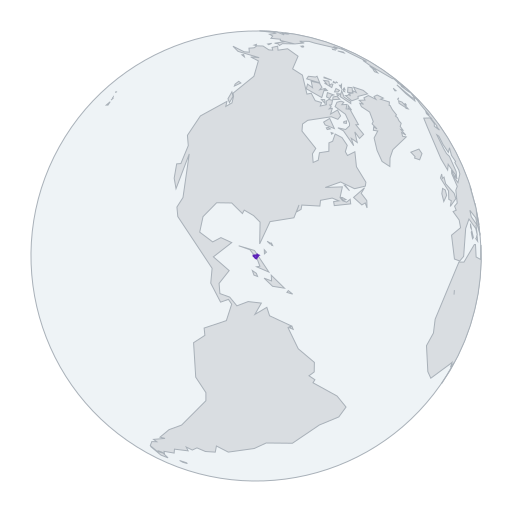 the Earth from above Sancti Spíritus, rotated 32°
{"feature_id": "CUB-1322", "entity_name": "Sancti Spíritus", "entity_type": "Province", "adm_level": 1, "iso_a3": "CUB", "parent_name": "Cuba", "parent_adm1": "", "projection": "orthographic", "projection_center": [-79.45, 22.111], "detail": "fine", "context": "on_globe", "style": "filled", "palette": "violet", "viewbox_px": 512, "rotation_deg": 32, "n_neighbors": 0, "source": "natural_earth", "source_scale": "10m", "svg_char_len": 10154}
<svg xmlns="http://www.w3.org/2000/svg" viewBox="0 0 512 512"><g transform="rotate(32 256 256)"><circle cx="256" cy="256" r="225" fill="#eef3f6" stroke="#a8b0b8"/><path d="M260.9,309.7L255.6,307.4L250.4,313.9L232.0,303.0L225.3,289.7L168.8,264.0L163.0,256.4L163.1,245.1L145.3,204.8L152.5,241.3L145.4,233.4L139.9,219.9L143.3,217.4L140.1,198.3L133.9,190.0L134.6,166.7L149.4,140.3L151.1,145.2L154.5,138.9L152.4,132.6L150.3,130.0L159.0,104.7L154.6,89.3L146.0,90.0L153.6,86.1L132.3,92.0L125.3,90.3L137.7,89.1L142.4,86.7L139.9,83.5L144.1,80.4L145.4,77.3L150.7,74.2L157.6,74.4L161.1,72.6L159.1,70.6L163.2,66.6L165.6,69.8L173.0,63.5L185.8,64.3L187.9,77.9L199.5,78.0L213.4,91.7L216.6,88.7L223.9,92.9L230.3,91.1L231.0,94.8L235.5,90.4L233.5,87.4L234.8,84.6L238.4,83.5L240.0,87.7L238.5,88.9L240.8,89.7L240.1,92.4L242.5,90.4L244.0,96.1L247.8,89.0L253.5,92.4L253.0,96.7L246.1,98.0L228.0,113.5L225.5,119.4L228.8,125.7L249.7,133.1L249.7,139.4L254.9,146.4L258.0,141.8L255.1,134.8L262.3,128.6L257.9,121.4L260.2,118.1L258.5,110.6L266.2,110.0L274.7,113.8L276.5,120.2L280.3,122.3L284.6,115.2L293.9,127.1L310.1,135.2L311.7,138.8L303.9,146.7L288.5,148.4L278.4,161.2L292.6,151.6L296.3,161.9L300.1,163.3L304.3,162.3L305.8,158.0L308.7,161.6L295.7,171.8L293.0,168.7L297.1,165.3L289.9,166.5L281.2,174.6L283.7,179.8L267.9,188.5L269.5,192.6L267.0,197.2L265.4,189.9L267.9,203.5L249.7,219.4L252.7,243.8L241.5,225.1L232.5,223.0L221.7,223.3L222.0,227.2L207.3,223.9L194.4,231.7L190.2,250.7L195.6,265.6L211.8,267.0L216.5,259.0L228.3,257.5L220.3,279.3L241.0,282.6L239.2,298.8L245.3,307.0L255.5,304.8L266.2,308.4L273.5,298.8L285.5,293.1L286.0,306.1L292.4,293.8L299.2,299.5L322.8,296.6L321.1,299.8L341.0,312.3L361.9,315.3L366.8,323.5L364.4,329.5L371.5,329.7L371.5,333.3L399.0,331.8L412.4,336.4L411.5,348.6L399.3,365.7L386.1,395.5L363.7,409.2L356.5,420.2L336.4,437.0L323.1,438.1L325.4,443.9L316.7,448.6L307.6,450.0L304.8,454.3L298.0,455.0L301.7,457.2L289.2,463.0L291.0,466.5L281.5,470.4L283.0,472.0L279.9,472.2L276.3,473.0L275.5,474.0L266.8,472.8L266.0,468.6L270.3,466.1L266.3,465.8L275.5,458.9L270.6,460.5L274.3,449.3L282.5,438.8L290.2,405.3L285.9,398.4L269.1,390.7L249.0,362.6L254.7,350.4L250.2,344.6L265.1,326.5L260.9,309.7ZM49.0,207.4L50.6,202.4L50.5,206.5L49.0,207.4ZM51.0,198.7L50.5,200.6L50.8,198.9L51.0,198.7ZM50.7,197.2L50.9,198.3L50.5,197.5L50.7,197.2ZM50.2,195.7L50.6,196.3L50.2,195.7ZM251.8,252.1L275.4,262.8L262.3,264.8L264.7,262.6L258.7,258.0L247.5,253.9L235.9,256.5L251.8,252.1ZM50.1,191.9L50.2,190.8L50.7,190.8L50.1,191.9ZM261.7,238.4L257.6,237.6L261.6,237.4L261.7,238.4ZM148.6,129.6L151.9,132.9L152.2,140.0L148.9,137.5L148.6,129.6ZM148.8,117.0L151.5,117.3L147.6,123.3L147.2,121.3L148.8,117.0ZM138.8,91.7L140.7,93.3L137.4,92.9L138.8,91.7ZM144.6,77.5L142.7,78.1L144.2,76.3L144.6,77.5ZM254.3,111.5L256.3,111.0L255.6,112.6L254.3,111.5ZM251.7,108.8L249.4,111.0L247.7,110.0L249.2,108.7L251.7,108.8ZM153.6,70.0L156.6,67.3L154.8,70.1L153.6,70.0ZM254.9,106.4L245.2,108.2L242.4,106.6L245.6,100.3L254.9,106.4ZM159.0,65.7L166.0,59.7L162.3,60.3L176.5,55.6L165.9,61.9L164.3,65.1L162.5,64.3L159.0,65.7ZM231.4,87.0L233.6,90.0L228.4,88.6L231.4,87.0ZM227.8,86.8L210.1,87.5L208.6,82.9L214.8,83.3L210.2,78.6L218.2,75.8L222.5,77.9L221.9,81.3L225.4,77.7L227.8,86.8ZM183.2,54.3L185.9,53.2L184.4,54.5L183.2,54.3ZM235.0,83.4L231.5,83.7L230.0,79.6L236.6,78.2L235.0,79.9L235.0,83.4ZM205.1,78.9L205.2,75.8L211.6,72.7L212.5,71.2L218.3,75.4L205.1,78.9ZM237.1,80.3L240.0,77.6L244.0,78.7L238.2,82.8L237.1,80.3ZM226.8,79.3L226.4,77.3L228.8,77.9L226.8,79.3ZM259.7,81.6L255.6,81.7L254.5,79.5L259.7,81.6ZM240.8,76.6L239.4,76.3L238.5,75.5L241.2,74.1L240.8,76.6ZM222.4,73.1L225.1,72.6L220.4,71.2L225.1,69.1L228.1,72.5L228.7,70.2L230.2,69.6L231.0,73.0L222.4,73.1ZM241.1,70.5L246.5,74.6L254.4,74.7L255.6,76.5L242.8,76.2L241.1,70.5ZM235.1,71.6L239.1,71.3L238.6,73.5L235.6,75.2L235.1,71.6ZM227.2,66.7L219.2,68.9L218.9,68.2L227.2,66.7ZM243.5,70.0L242.1,69.1L244.1,69.7L243.5,70.0ZM232.3,67.1L229.5,67.9L229.2,67.0L232.3,67.1ZM241.7,66.7L243.5,67.9L241.5,68.9L241.7,66.7ZM237.5,66.5L237.6,65.1L239.7,68.6L236.3,67.0L237.5,66.5ZM232.4,66.1L231.3,65.8L233.6,65.9L232.4,66.1ZM248.3,62.3L251.4,66.5L246.9,68.7L244.6,64.2L248.3,62.3ZM280.9,475.2L267.4,473.4L275.2,474.2L281.7,472.4L288.4,473.8L280.9,475.2ZM299.6,469.9L306.5,468.2L307.8,468.4L303.3,469.7L299.6,469.9ZM428.2,110.8L428.7,111.4L423.5,105.7L413.8,95.2L428.2,110.8ZM396.1,79.6L397.8,81.0L398.2,81.3L403.7,85.9L403.9,86.1L403.0,85.3L400.1,82.9L401.3,84.3L414.5,96.4L417.3,98.9L424.1,107.6L429.4,112.8L433.4,118.0L425.9,111.2L422.1,107.2L413.1,103.9L417.7,108.6L426.5,112.4L426.4,113.5L432.7,121.1L427.8,116.2L417.0,111.8L419.2,121.5L432.3,146.3L431.4,152.3L425.9,153.4L410.8,134.7L414.5,123.6L409.2,117.8L399.6,113.9L401.5,111.1L398.0,108.5L398.6,104.5L390.6,94.3L389.8,90.3L378.3,82.4L376.3,79.5L383.7,84.8L388.4,86.8L385.4,78.4L382.4,75.6L375.1,71.4L375.2,70.1L368.5,67.1L362.7,61.7L364.2,66.2L355.7,62.4L347.6,57.5L345.1,57.4L358.3,65.5L363.3,68.2L367.2,69.0L381.1,78.4L383.9,82.3L370.4,76.4L373.0,81.6L361.4,75.6L332.8,55.7L325.2,50.2L330.4,46.7L337.0,49.2L338.5,51.5L344.9,52.0L340.7,50.6L340.7,49.9L332.6,46.9L332.3,46.3L325.1,44.9L323.8,43.8L328.4,44.7L315.3,40.4L310.3,38.3L307.5,37.7L305.9,37.7L300.6,35.5L298.8,35.3L299.8,35.8L296.8,35.7L289.5,35.1L288.0,34.3L290.5,34.5L293.5,34.1L300.2,35.2L298.9,34.9L292.7,33.8L289.0,34.2L285.0,34.1L285.8,33.5L285.2,33.7L282.8,33.4L279.0,32.7L277.7,33.3L252.8,34.1L243.1,33.5L246.6,32.4L227.6,34.3L218.1,34.9L219.1,35.2L210.7,37.3L213.5,37.0L213.4,37.4L193.1,44.3L187.2,45.9L179.6,50.5L180.1,50.9L184.0,49.8L176.5,55.6L162.3,60.3L161.9,59.2L153.3,63.5L153.6,60.6L149.9,60.8L155.2,56.2L151.8,57.2L148.8,58.9L142.0,62.1L139.5,63.2L146.9,58.9L154.4,55.0L162.7,53.6L160.5,53.1L164.9,51.3L166.5,50.1L164.6,50.4L161.9,51.6L171.8,47.1L186.7,41.7L201.9,37.3L217.4,34.1L233.1,31.9L248.9,30.8L264.7,30.9L280.5,32.1L296.1,34.3L311.6,37.7L326.8,42.1L341.6,47.6L356.1,54.2L370.0,61.7L383.3,70.2L396.1,79.6ZM481.0,266.2L481.1,262.6L480.9,245.9L480.4,241.7L479.9,247.3L478.6,242.3L477.8,244.8L469.0,267.0L463.0,263.0L448.1,241.7L447.3,227.3L441.4,214.6L431.3,153.6L435.6,151.0L435.1,130.6L436.1,130.0L443.2,140.2L448.4,139.9L441.8,129.2L441.0,127.4L449.8,141.2L457.6,155.5L464.4,170.4L470.0,185.7L474.6,201.4L478.0,217.4L480.2,233.6L481.2,249.9L481.0,266.2ZM442.3,179.8L444.4,183.8L442.3,179.8ZM323.5,296.4L326.4,298.5L322.7,299.1L323.5,296.4ZM260.6,270.3L265.5,270.5L268.2,272.5L264.4,273.3L260.6,270.3ZM301.7,268.2L307.3,268.9L301.5,270.5L301.7,268.2ZM279.1,264.2L297.2,268.2L286.1,272.9L274.6,270.5L282.4,268.9L279.1,264.2ZM259.7,246.3L262.8,247.2L262.0,249.7L259.7,246.3ZM264.6,238.3L263.4,238.6L261.8,236.6L264.6,238.3ZM297.0,161.3L298.1,160.6L302.5,160.5L300.7,162.4L297.0,161.3ZM320.6,150.3L324.7,156.4L320.5,153.1L318.7,156.6L307.7,154.6L311.9,140.6L312.0,147.1L320.6,150.3ZM294.2,148.8L300.7,151.1L293.4,149.2L294.2,148.8ZM378.4,99.8L381.5,99.7L385.5,103.5L386.4,110.3L380.6,104.7L378.4,99.8ZM384.8,98.8L371.1,92.1L370.0,88.1L373.0,91.4L373.6,89.4L378.5,94.2L390.8,97.8L395.1,101.5L394.5,111.0L392.3,105.6L389.5,105.8L384.8,98.8ZM338.2,87.4L332.3,85.9L337.5,79.0L342.5,81.2L343.8,87.7L338.6,88.9L338.2,87.4ZM262.4,95.7L259.8,96.7L259.3,95.4L261.2,93.4L262.4,95.7ZM257.9,81.8L273.3,90.3L271.1,91.8L282.8,95.8L281.5,101.4L274.0,98.4L281.7,106.1L274.4,105.7L280.4,110.7L263.8,103.5L257.5,103.9L265.0,101.2L266.3,96.0L265.0,93.9L256.7,88.4L243.9,87.4L243.2,82.7L246.1,79.6L249.0,79.1L248.6,82.2L252.8,79.3L254.4,83.5L257.9,81.8ZM280.3,54.6L278.6,57.0L287.5,54.7L289.1,57.7L290.0,57.3L294.0,59.6L300.4,61.9L300.1,63.4L302.7,63.7L305.4,65.5L308.8,66.5L309.6,69.7L313.9,71.4L311.8,72.0L319.0,74.1L314.0,74.1L316.9,76.8L320.3,75.4L315.7,93.3L317.7,101.8L322.1,109.2L312.8,109.0L302.7,102.3L293.6,93.3L293.0,85.5L288.9,87.2L287.4,84.1L291.3,84.1L284.4,82.4L284.2,79.9L276.1,73.7L266.3,73.5L263.1,71.5L266.8,70.4L261.0,69.3L265.8,66.0L263.7,64.7L266.3,60.4L274.7,59.6L271.6,58.2L273.4,55.3L280.3,54.6ZM249.3,61.1L259.1,58.7L264.7,59.4L257.9,66.6L259.2,68.3L255.0,73.6L246.8,72.6L248.8,71.1L248.8,69.5L251.3,70.4L249.3,68.5L251.9,66.5L251.0,64.5L254.4,64.2L249.3,61.1ZM433.1,124.8L433.2,123.7L432.3,121.1L436.2,126.1L433.1,124.8ZM426.0,121.9L425.4,120.0L430.6,125.2L430.5,126.6L426.0,121.9ZM420.7,114.9L425.0,119.5L422.6,117.8L420.7,114.9ZM382.7,83.1L381.5,81.2L383.2,82.0L385.8,84.1L382.7,83.1ZM307.1,50.6L305.1,51.3L303.7,50.8L296.5,50.7L294.7,48.8L298.4,48.1L307.1,50.6ZM434.1,118.5L433.7,117.6L435.2,119.9L434.1,118.5ZM303.9,48.5L301.1,48.6L302.0,47.6L303.9,48.5ZM293.0,47.4L293.2,46.2L293.6,48.6L293.0,47.4ZM284.7,36.2L296.8,38.0L304.4,39.0L306.7,38.5L308.6,40.3L297.0,38.9L284.7,36.2ZM256.9,34.2L254.9,35.2L252.3,34.8L252.4,34.5L256.9,34.2ZM258.1,34.8L262.2,36.2L258.8,36.9L256.3,35.6L258.1,34.8ZM283.5,41.0L287.2,41.6L286.4,42.3L283.5,41.0ZM184.6,52.9L185.8,53.1L183.3,53.8L184.6,52.9ZM215.2,37.2L214.5,37.9L211.6,38.3L215.2,37.2ZM211.1,40.0L214.8,39.0L211.5,40.3L211.1,40.0ZM223.1,37.1L216.6,38.8L222.0,36.8L223.1,37.1Z" fill="#d9dde1" stroke="#a8b0b8" stroke-width="1"/><path d="M256.1,254.6L256.4,254.8L256.5,254.9L256.8,255.0L256.8,254.9L257.0,255.0L257.1,254.9L257.3,254.9L257.5,254.9L257.9,254.9L257.9,255.0L257.7,255.4L257.6,255.5L257.5,255.9L257.5,256.0L257.8,256.3L257.7,256.5L257.5,256.8L257.4,256.8L257.3,257.0L257.2,257.4L257.3,257.5L257.2,257.8L257.3,257.8L257.5,257.8L257.5,257.7L257.8,257.7L257.8,257.8L257.8,258.0L257.7,258.0L257.4,258.1L257.2,258.2L256.9,258.2L256.7,258.2L256.4,258.1L256.1,258.0L255.9,258.0L255.8,257.9L255.7,257.9L255.4,257.8L255.4,257.7L255.0,257.6L254.8,257.6L254.7,257.6L254.4,257.6L254.4,257.4L254.2,257.4L253.9,257.4L254.0,257.5L253.9,257.5L253.8,257.4L253.8,257.2L253.7,257.2L253.6,256.9L253.8,256.8L253.9,256.7L254.0,256.6L254.3,256.4L254.6,256.4L254.6,256.5L254.8,256.5L254.8,256.4L255.0,256.2L254.9,256.0L254.8,255.8L254.8,255.7L255.0,255.7L255.0,255.8L255.3,255.8L255.5,255.8L255.8,255.8L255.8,255.7L256.0,255.5L256.3,255.5L256.3,255.4L256.2,255.1L256.1,254.9L256.1,254.7L256.1,254.6ZM257.7,253.9L257.4,253.8L257.7,253.8L257.8,253.8L257.7,253.9ZM256.8,253.9L257.0,253.9L256.9,253.9L256.9,254.0L256.8,253.9L256.8,253.9Z" fill="#8b5cf6" stroke="#5b21b6" stroke-width="1.5"/></g></svg>